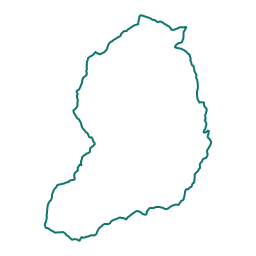 Kangpara, Tashigang, Bhutan
{"feature_id": "84629894B39590261295219", "entity_name": "Kangpara", "entity_type": "district", "adm_level": 2, "iso_a3": "BTN", "parent_name": "Bhutan", "parent_adm1": "Tashigang", "projection": "equal_earth", "projection_center": [91.702, 27.164], "detail": "fine", "context": "isolated", "style": "outline", "palette": "teal", "viewbox_px": 256, "rotation_deg": 0, "n_neighbors": 0, "source": "geoboundaries", "source_scale": "gbopen_adm2", "svg_char_len": 5713}
<svg xmlns="http://www.w3.org/2000/svg" viewBox="0 0 256 256"><path d="M78.6,240.6L79.7,240.5L80.1,239.4L80.8,238.3L81.4,237.6L81.6,237.1L81.9,237.1L82.3,237.6L83.6,237.7L85.0,237.4L85.6,237.1L86.9,236.6L87.7,236.6L88.7,236.3L91.1,235.2L94.0,235.5L95.0,235.1L95.9,234.4L96.5,233.8L96.9,232.4L97.7,230.7L98.6,228.9L99.3,228.1L100.7,226.8L101.8,226.1L102.6,225.1L104.9,223.8L105.6,224.0L108.4,224.1L110.1,223.1L111.1,221.4L112.1,220.7L114.1,219.7L115.2,219.5L116.3,218.9L118.2,218.2L119.3,217.6L120.5,217.6L121.9,218.1L122.8,217.9L123.7,218.4L124.9,218.6L126.2,219.3L127.9,217.2L129.5,216.1L131.7,214.2L136.1,211.3L137.3,211.0L138.2,211.1L138.9,211.7L139.6,211.7L140.3,211.9L142.7,214.0L144.7,214.6L146.0,214.6L146.3,214.3L146.9,212.9L146.8,211.9L146.9,211.3L147.8,210.6L149.2,208.4L150.1,208.0L153.5,208.1L154.5,207.6L156.1,207.0L157.4,207.0L159.8,207.1L163.1,207.9L164.9,208.9L165.8,209.1L166.8,209.1L167.4,208.7L168.7,208.1L170.2,206.8L172.5,205.6L174.3,204.9L175.4,204.7L177.2,204.7L178.4,204.9L178.7,204.8L179.8,203.0L181.3,200.8L182.5,200.5L182.9,200.2L183.5,199.3L184.3,196.6L184.9,193.2L184.9,192.4L185.4,190.5L186.1,189.5L186.8,189.1L187.9,189.4L188.7,188.6L189.7,187.8L190.2,187.2L191.4,186.8L191.9,185.6L192.3,184.2L192.8,183.3L194.2,182.6L194.3,180.1L194.6,179.0L194.7,174.5L194.8,174.1L197.6,171.3L198.5,170.3L198.8,169.1L199.2,168.6L199.9,168.2L200.0,167.1L199.8,164.6L200.1,163.9L200.7,162.7L202.1,161.3L202.6,159.6L203.8,158.6L205.0,158.4L206.0,157.9L206.6,157.2L207.5,155.4L207.6,154.4L207.1,151.8L207.1,150.3L208.9,147.6L210.4,145.0L211.1,142.3L211.1,141.6L210.3,140.5L209.8,139.1L208.8,138.5L207.7,137.1L207.8,135.6L208.3,134.5L208.5,133.4L208.7,131.7L208.7,130.9L207.7,130.7L206.8,131.6L205.7,132.4L204.4,132.5L203.8,132.4L203.6,132.0L204.0,131.2L204.3,130.0L205.2,128.9L206.3,124.9L206.4,124.1L205.8,122.0L205.3,121.0L204.8,120.6L204.8,120.1L205.6,118.8L205.6,118.0L205.2,117.0L205.2,114.8L205.9,113.7L206.3,111.7L206.6,111.1L206.6,109.0L206.4,108.5L205.1,107.2L204.0,105.4L204.1,103.1L203.2,102.3L200.0,102.3L199.4,102.5L197.9,99.7L197.4,98.0L197.1,96.1L197.0,94.7L197.0,91.3L197.7,89.1L198.0,86.2L197.7,85.1L197.7,82.7L197.4,81.7L197.1,79.6L196.3,78.3L196.1,77.2L196.5,75.0L195.8,73.8L194.5,71.1L193.7,67.2L193.6,66.2L193.3,65.8L192.4,65.4L191.7,64.7L191.4,62.9L190.6,60.9L190.3,60.4L190.5,59.8L190.7,58.6L190.4,57.5L189.9,56.3L189.7,55.0L189.0,54.2L187.3,53.0L186.0,51.4L185.4,51.2L184.4,50.4L181.3,48.8L176.9,47.9L175.1,47.3L175.1,46.5L175.4,46.0L176.1,45.0L178.2,43.2L180.9,42.7L182.2,41.8L182.4,40.7L183.3,38.5L183.5,37.1L183.5,33.7L183.7,31.9L184.5,30.7L185.2,29.1L186.1,27.8L186.1,27.2L185.9,27.0L183.5,27.3L180.8,27.3L179.8,27.2L178.1,28.2L174.1,29.7L172.6,30.1L171.8,29.6L171.2,29.5L170.7,28.1L170.3,27.8L169.7,27.3L168.9,26.3L168.6,26.2L167.8,26.0L166.8,25.3L166.3,24.6L164.7,24.1L164.2,23.8L163.2,22.8L162.1,22.3L161.5,21.7L160.6,21.6L158.6,21.8L157.3,22.0L156.4,21.2L155.9,21.1L155.2,20.3L154.9,20.1L153.6,20.0L152.1,19.6L150.7,18.5L148.8,17.7L146.7,17.1L144.1,16.1L143.0,15.9L142.0,15.4L141.3,15.4L140.1,15.5L139.5,16.9L138.7,20.5L138.5,21.2L138.1,24.2L135.5,24.9L133.7,25.7L132.4,26.5L130.1,28.2L129.5,28.4L127.9,29.5L126.6,31.0L123.6,31.3L121.1,34.0L120.7,35.7L119.9,36.3L118.2,37.1L117.2,37.9L114.0,39.6L112.3,41.2L110.7,41.8L109.3,43.2L108.3,44.9L107.3,47.7L107.1,48.7L106.7,49.6L105.4,50.9L104.8,51.7L104.1,52.3L103.0,52.7L100.7,54.0L99.7,54.3L99.2,54.0L97.1,53.3L95.6,52.1L94.9,52.7L93.5,54.5L92.3,55.4L90.0,56.6L88.0,58.2L88.1,58.4L88.0,58.7L87.9,59.5L87.2,61.2L86.8,63.6L86.9,64.3L86.7,64.9L86.9,65.2L86.6,66.9L86.9,68.5L86.9,69.2L86.4,70.3L86.3,70.7L86.3,71.2L86.6,71.7L86.8,73.5L86.5,74.4L86.5,75.0L86.2,75.1L85.9,75.6L85.0,76.4L83.5,77.4L83.1,77.9L83.0,78.7L82.6,79.2L82.1,80.7L82.3,81.7L82.0,83.1L81.6,83.6L81.1,84.6L81.1,85.1L80.7,85.7L80.6,86.3L80.2,87.3L79.4,88.8L78.6,89.9L77.2,90.4L76.7,91.1L76.6,91.5L76.7,91.9L77.6,93.6L77.6,94.2L77.4,94.8L77.0,95.6L77.0,96.4L77.2,98.5L77.4,99.0L77.8,99.7L77.9,100.3L77.7,101.5L77.4,102.5L77.5,103.0L77.3,103.7L77.5,104.2L77.3,106.2L76.0,108.1L75.1,109.1L74.3,109.8L73.9,109.9L73.6,110.2L73.4,110.9L73.8,112.7L75.5,115.5L75.9,115.9L76.4,116.6L76.6,117.6L77.2,118.3L78.3,118.9L79.0,119.4L79.5,120.3L80.0,121.5L80.6,122.1L80.9,123.2L81.3,124.2L81.4,125.3L81.9,126.3L81.9,126.6L82.1,127.3L82.8,128.5L84.2,129.9L84.9,131.0L86.0,132.4L87.1,132.9L87.7,133.6L88.1,134.4L88.4,135.4L88.9,136.5L89.3,137.0L90.3,137.5L91.6,137.4L92.0,137.9L92.6,139.1L92.9,140.3L93.4,141.4L94.4,142.7L94.7,143.5L94.7,144.1L94.4,144.2L93.3,145.9L92.5,146.3L91.3,147.4L90.7,147.8L90.3,148.3L90.1,149.2L90.0,150.4L89.9,150.8L89.8,151.9L88.8,152.9L86.7,153.5L86.3,153.7L85.1,154.9L84.6,155.0L83.8,155.5L82.1,157.4L81.9,158.2L81.8,159.5L81.2,160.8L80.9,161.9L81.2,165.0L80.8,165.0L79.6,164.8L79.2,165.2L78.9,166.0L78.4,166.7L78.2,167.2L77.8,167.7L77.6,168.1L77.7,169.0L77.9,170.3L75.0,172.8L74.7,173.4L74.2,175.4L74.2,176.2L74.7,178.1L74.7,178.8L74.7,179.3L73.9,179.6L73.4,179.9L71.6,180.1L69.5,180.8L69.1,181.2L69.0,181.6L68.5,182.0L68.0,182.1L65.5,182.7L64.2,183.5L63.5,183.7L62.9,183.7L61.8,184.1L59.4,184.4L57.5,185.2L57.0,185.4L56.5,186.6L55.8,187.8L54.7,188.6L53.6,190.6L53.1,192.0L52.4,193.6L52.3,193.9L51.9,195.0L51.9,195.6L52.1,196.3L52.0,197.0L51.5,198.4L51.4,199.3L50.9,200.2L49.7,201.2L48.0,204.4L47.6,206.3L47.0,212.2L47.0,213.1L46.7,214.4L46.6,216.2L46.9,217.1L46.7,218.2L45.9,222.3L45.4,222.7L45.0,223.4L44.9,224.3L44.9,225.2L45.6,227.4L46.3,228.1L47.1,228.0L48.8,228.6L51.1,230.5L53.4,231.5L54.0,232.1L54.9,232.5L55.3,232.7L57.4,232.4L59.0,232.4L62.4,232.1L63.2,232.2L63.9,232.5L65.5,233.8L66.1,234.8L66.6,235.3L68.0,236.0L71.9,239.7L72.6,239.7L74.3,239.1L75.1,239.2L77.2,239.5L78.6,240.6Z" fill="none" stroke="#0f766e" stroke-width="2"/></svg>